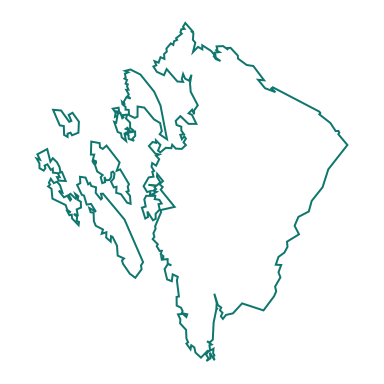 the district of Fitjar nor, Hordaland, Norway
{"feature_id": "86288312B29955336638723", "entity_name": "Fitjar nor", "entity_type": "district", "adm_level": 2, "iso_a3": "NOR", "parent_name": "Norway", "parent_adm1": "Hordaland", "projection": "orthographic", "projection_center": [5.282, 59.896], "detail": "fine", "context": "isolated", "style": "outline", "palette": "teal", "viewbox_px": 384, "rotation_deg": 0, "n_neighbors": 0, "source": "geoboundaries", "source_scale": "gbopen_adm2", "svg_char_len": 5922}
<svg xmlns="http://www.w3.org/2000/svg" viewBox="0 0 384 384"><path d="M347.4,145.0L338.3,134.2L339.3,132.7L338.4,130.9L335.7,131.1L330.4,123.0L319.3,114.3L320.3,113.0L319.3,111.6L272.8,87.3L271.4,88.4L275.4,92.1L265.0,88.2L258.1,79.8L264.1,80.3L253.3,66.0L246.7,65.0L238.0,58.6L237.8,55.6L230.5,47.8L226.5,48.1L228.2,49.8L223.1,46.1L216.6,46.4L217.3,49.1L216.2,50.1L219.4,52.1L214.9,52.6L215.6,56.4L214.5,56.8L220.5,61.0L215.9,59.1L214.4,57.1L213.9,54.3L211.2,51.0L202.3,45.3L202.3,49.3L198.0,46.9L193.0,52.1L195.3,42.7L192.9,39.8L193.4,33.2L190.9,30.9L193.4,32.2L185.3,23.0L183.0,26.9L184.5,28.9L181.3,29.3L180.4,32.3L181.8,33.7L176.1,38.2L177.1,39.9L174.0,41.3L173.3,44.9L170.8,43.4L166.4,48.6L166.8,51.6L164.1,54.0L164.4,58.9L160.5,57.2L158.6,62.7L154.6,61.2L156.3,65.3L153.4,66.5L156.8,71.8L164.0,75.2L166.6,69.1L177.4,81.5L183.1,81.9L181.8,79.1L183.1,74.0L185.1,78.6L189.0,80.7L191.5,74.7L190.0,83.1L190.7,91.8L197.8,105.3L194.0,110.6L194.1,114.2L192.1,109.7L188.6,113.3L192.0,114.9L196.4,123.9L188.5,123.9L180.4,116.1L175.7,120.9L176.6,125.0L181.3,126.7L181.3,130.5L183.9,134.2L180.3,134.8L181.9,139.2L184.2,136.3L185.9,138.6L183.5,142.4L185.9,145.1L181.7,148.9L175.8,148.6L172.2,144.8L171.3,148.2L165.8,147.8L160.3,152.4L158.0,150.6L160.4,144.9L155.9,140.3L156.0,142.8L152.6,142.0L148.9,146.0L155.3,153.6L159.1,154.5L156.0,155.7L159.2,159.2L156.1,165.6L152.2,163.1L151.5,166.7L154.1,170.9L152.3,171.8L153.5,176.7L148.7,177.4L143.6,186.2L147.1,192.0L150.6,191.1L149.7,195.6L152.5,195.5L152.7,195.9L146.2,195.8L144.3,199.4L145.7,206.5L141.9,207.7L145.3,218.5L148.0,217.0L147.4,211.5L153.0,220.3L155.7,218.8L155.6,213.8L159.7,209.5L158.5,204.2L161.6,203.5L159.4,199.8L154.7,199.1L155.4,195.7L152.4,194.2L156.7,191.8L153.2,190.7L156.0,189.0L154.6,187.5L155.8,186.0L148.3,184.8L156.8,185.5L160.3,182.2L157.0,176.9L157.2,173.9L163.0,181.1L159.5,184.2L162.7,187.0L160.7,189.7L174.6,206.9L160.4,210.1L161.1,212.1L155.1,226.4L155.6,228.7L153.4,233.3L154.4,236.9L152.7,239.1L157.8,244.3L156.7,246.2L159.6,250.9L161.8,250.8L160.7,254.1L163.4,256.2L163.1,258.8L161.4,257.4L161.8,259.7L167.6,259.1L167.7,263.5L171.4,265.4L167.8,264.1L164.6,269.1L167.1,279.4L171.8,281.2L172.7,274.4L177.8,276.8L176.9,280.4L178.9,296.5L176.6,296.9L176.7,305.6L181.0,307.7L182.6,311.0L181.8,313.1L187.2,314.3L186.3,317.0L182.9,313.9L178.0,314.4L180.4,319.4L180.1,323.4L186.1,329.9L186.4,338.4L188.1,342.3L186.4,343.6L190.5,349.3L191.3,345.3L194.3,347.4L195.5,352.6L201.0,357.6L207.6,350.8L208.9,350.8L206.1,354.6L208.5,358.3L206.5,361.0L210.5,358.3L209.9,352.7L214.6,360.3L213.3,356.7L214.4,355.3L213.1,353.2L213.5,348.7L210.2,350.6L209.4,345.3L211.6,344.5L207.0,341.3L209.9,342.4L212.8,339.6L213.6,322.7L216.5,308.5L217.9,309.2L216.4,308.0L216.7,303.0L214.3,293.7L217.9,305.1L221.2,307.5L219.9,310.2L222.5,312.8L220.9,316.3L222.9,318.9L226.0,314.9L232.9,313.4L242.1,303.4L263.5,310.4L274.1,296.2L276.2,291.3L275.1,286.6L280.4,277.4L278.5,272.2L281.2,265.0L275.8,264.7L278.5,256.9L284.4,252.6L287.5,246.8L287.0,241.7L299.0,234.3L294.6,225.8L298.4,216.9L308.8,211.5L311.7,200.9L322.6,187.2L328.3,169.3L347.4,145.0ZM85.6,177.6L80.0,176.8L80.3,183.2L77.1,184.9L81.8,194.8L84.0,195.6L86.7,204.6L91.0,203.9L95.9,211.7L89.3,208.0L90.6,212.2L93.6,212.7L93.9,221.3L95.8,225.8L103.0,229.5L101.7,233.8L106.4,232.2L106.2,237.6L110.7,241.6L111.0,236.2L112.5,236.8L117.0,245.7L117.7,255.6L124.0,258.5L122.0,260.5L123.0,263.8L129.8,273.7L135.3,277.8L141.6,269.3L141.0,265.4L143.1,262.2L124.5,219.5L103.0,193.7L101.0,193.8L102.0,198.3L100.9,199.4L95.7,192.9L96.0,187.3L91.3,186.0L90.0,182.9L88.2,184.3L85.6,177.6ZM130.4,69.5L125.1,70.9L128.2,72.3L124.9,73.7L125.7,77.4L124.5,78.6L127.0,79.9L125.6,83.7L127.8,84.4L127.0,86.4L128.5,89.7L126.2,89.8L128.8,94.4L127.7,96.0L130.6,98.6L126.5,97.1L123.8,101.7L124.8,104.8L122.1,102.0L122.5,104.4L125.6,106.9L125.5,109.6L128.7,109.9L129.1,115.2L134.7,117.9L137.5,116.7L137.6,106.5L144.3,107.6L154.0,119.4L160.1,123.0L161.8,131.2L159.7,134.3L167.0,139.3L160.5,105.5L154.2,91.7L140.4,74.5L130.4,69.5ZM99.6,143.1L91.3,141.6L90.9,154.6L94.2,154.6L92.5,161.3L94.0,163.8L95.3,163.5L94.2,160.5L95.9,161.2L96.1,162.8L94.9,164.6L97.2,171.5L102.7,175.1L100.7,177.2L102.3,183.1L105.0,182.2L104.5,176.9L105.9,180.3L109.4,180.0L111.3,176.8L111.3,172.5L113.0,171.6L114.5,173.7L113.8,178.3L111.0,181.7L113.8,187.4L116.5,186.8L116.2,192.8L121.0,194.2L127.1,202.7L130.6,203.8L130.0,195.8L126.6,191.7L128.7,190.9L127.7,186.7L129.0,184.2L120.2,169.4L116.7,170.8L119.6,162.5L106.5,145.6L102.8,148.9L100.0,147.4L99.6,143.1ZM50.8,178.8L48.9,182.8L50.1,184.6L48.1,186.4L51.5,188.8L52.4,198.6L65.6,205.0L67.3,209.9L70.8,212.4L67.3,211.3L69.4,215.2L71.7,214.7L72.1,218.5L78.6,225.2L79.0,222.0L76.7,220.9L77.1,216.6L73.8,214.1L77.7,215.0L76.7,209.4L81.0,207.6L80.8,201.7L77.6,199.8L78.3,196.2L75.3,193.9L76.7,197.5L75.7,198.7L70.4,193.8L68.7,195.0L71.1,199.2L70.2,200.4L67.3,195.7L63.9,197.3L58.8,190.8L62.4,192.4L59.9,185.1L57.0,181.7L53.8,183.1L50.8,178.8ZM61.1,110.5L53.1,109.8L59.8,125.4L63.8,126.0L64.1,134.9L67.6,136.9L67.6,133.7L70.5,132.7L72.0,135.3L78.4,132.7L78.9,121.7L72.5,112.8L68.7,114.9L71.3,120.9L69.2,121.8L61.1,110.5ZM118.6,107.7L112.8,108.7L115.6,112.7L115.0,116.8L117.5,115.3L116.2,122.7L114.2,121.9L117.7,132.0L121.0,133.3L121.7,137.3L126.1,141.0L124.6,134.0L127.6,134.6L126.0,132.7L128.1,132.1L128.0,129.8L125.8,128.9L127.4,127.8L130.0,131.1L128.1,133.0L128.8,138.9L134.1,140.8L132.2,139.0L135.2,135.9L135.1,131.5L131.0,132.2L133.1,130.1L130.1,127.9L130.1,122.6L126.0,118.5L127.2,114.6L122.6,115.1L123.6,117.4L122.3,118.2L120.4,112.8L118.0,113.9L116.3,111.3L119.1,111.5L118.6,107.7ZM47.2,149.1L37.4,154.3L40.0,159.7L36.6,158.5L39.4,163.2L39.5,168.2L43.7,170.6L45.4,168.2L44.6,165.6L47.4,164.3L50.8,169.9L52.8,168.7L52.9,172.6L57.8,173.2L59.7,177.2L57.0,177.1L58.8,180.6L65.7,181.0L62.0,172.0L59.4,172.8L60.4,171.3L59.5,167.0L56.9,162.2L52.8,158.2L50.4,161.7L47.2,149.1Z" fill="none" stroke="#0f766e" stroke-width="2"/></svg>